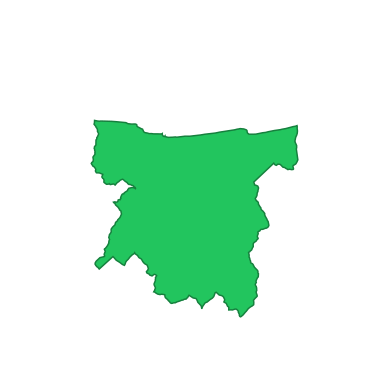 Trujillo, La Libertad, Peru (Albers equal-area conic projection), rotated 131°
{"feature_id": "86281439B80561874516771", "entity_name": "Trujillo", "entity_type": "district", "adm_level": 2, "iso_a3": "PER", "parent_name": "Peru", "parent_adm1": "La Libertad", "projection": "albers", "projection_center": [-78.886, -8.084], "detail": "fine", "context": "isolated", "style": "filled", "palette": "green", "viewbox_px": 384, "rotation_deg": 131, "n_neighbors": 0, "source": "geoboundaries", "source_scale": "gbopen_adm2", "svg_char_len": 6072}
<svg xmlns="http://www.w3.org/2000/svg" viewBox="0 0 384 384"><g transform="rotate(131 192 192)"><path d="M73.0,156.3L74.5,157.1L76.2,158.5L82.7,162.9L85.4,165.1L87.1,166.3L91.6,170.2L96.5,174.0L98.7,175.5L101.0,177.6L106.6,181.9L111.0,186.9L111.1,188.7L110.5,189.8L109.7,190.6L109.5,191.2L109.5,191.9L110.4,194.2L112.6,197.3L113.9,198.2L114.9,199.1L117.1,200.6L128.8,210.5L132.1,213.0L140.1,220.3L143.4,223.0L151.3,230.2L154.5,233.9L160.6,239.4L161.4,240.7L163.2,242.4L166.4,245.8L166.7,246.5L167.2,247.1L167.3,247.7L167.8,248.6L167.3,249.2L168.0,249.2L168.4,249.4L168.8,250.3L168.5,250.9L168.3,252.1L167.4,252.8L168.1,253.0L173.4,259.2L174.4,260.8L176.1,262.7L176.6,264.0L178.1,266.6L178.2,267.4L178.2,268.0L177.0,270.6L177.4,271.4L178.5,276.0L178.4,276.8L177.7,277.5L177.5,277.8L177.5,278.4L177.9,279.4L180.5,282.3L182.1,284.6L182.5,285.3L183.0,287.4L188.8,295.5L191.5,299.1L198.3,307.4L199.4,308.4L200.5,310.0L201.9,312.5L203.7,311.1L205.1,310.4L205.6,307.7L206.1,306.8L206.4,305.2L207.4,303.8L208.3,303.1L209.0,301.2L209.4,300.7L209.8,300.4L212.4,299.6L213.5,299.5L214.1,298.9L214.8,298.6L215.7,298.6L219.4,295.5L220.3,295.2L221.0,295.4L222.1,295.2L222.6,294.7L223.3,294.4L223.6,293.6L224.5,292.7L225.3,291.4L226.1,291.1L227.0,290.1L227.8,289.9L230.4,289.7L230.8,289.5L232.2,287.8L233.9,286.7L235.5,287.0L236.6,286.7L237.5,283.6L237.2,282.3L237.7,280.2L238.1,279.4L239.5,278.7L240.2,277.0L240.1,276.5L238.4,274.5L237.2,270.9L238.1,270.5L239.1,270.3L239.8,269.8L240.2,268.6L240.2,267.1L241.0,266.0L242.2,265.1L242.5,264.7L242.3,261.9L242.2,261.5L240.6,260.0L239.9,259.8L240.1,258.8L239.9,258.4L237.6,256.7L237.2,255.9L237.2,254.6L233.8,254.6L232.4,254.1L230.1,253.9L228.0,252.9L227.7,252.1L227.8,249.3L227.4,247.1L227.8,246.2L227.7,244.6L226.8,243.4L226.5,242.1L225.8,240.7L226.0,239.1L225.9,237.7L226.3,237.0L226.6,236.9L226.8,238.2L227.7,239.9L228.7,240.8L229.2,241.0L230.5,242.1L232.4,242.0L233.3,241.6L237.0,242.6L238.2,242.3L238.7,242.9L239.5,243.2L240.8,243.0L241.7,242.6L242.6,242.4L243.0,242.2L243.4,241.5L244.4,241.5L244.6,241.2L244.9,241.1L245.7,242.1L246.6,242.5L247.5,241.8L248.9,242.0L249.8,243.0L249.9,243.6L250.2,243.9L251.2,244.6L251.4,243.9L251.2,243.1L251.2,242.5L251.9,241.3L252.0,237.9L252.5,235.8L253.0,235.0L253.0,233.0L253.9,232.1L254.6,231.1L255.0,230.7L258.6,229.6L261.6,229.8L262.4,229.5L263.1,229.4L264.3,229.7L265.7,229.5L266.8,228.8L267.5,228.6L270.6,228.9L272.8,228.7L273.4,228.4L275.0,226.9L275.7,226.6L278.5,226.3L279.7,225.5L280.8,225.1L282.0,223.0L283.1,222.7L284.6,221.8L285.1,221.3L288.0,220.6L289.1,220.5L291.2,220.4L292.4,220.7L292.8,220.5L293.7,218.5L296.5,217.5L297.0,217.0L297.6,215.9L297.9,215.8L298.1,215.8L299.0,216.3L301.9,218.4L307.0,218.9L308.8,218.6L309.4,218.3L310.1,217.7L310.5,216.4L310.8,214.7L310.6,213.6L311.0,211.5L292.6,209.3L292.7,207.8L293.2,204.5L292.5,200.2L292.4,197.5L292.2,196.4L291.7,194.9L290.6,195.1L288.1,196.1L287.0,196.2L284.2,196.0L282.1,196.2L278.7,195.9L276.2,195.2L275.5,195.4L275.9,194.3L275.6,191.4L276.0,190.3L276.3,188.9L275.8,186.2L276.8,183.5L277.1,181.8L277.1,180.1L276.7,178.7L276.7,177.7L278.3,174.8L280.1,174.1L281.7,174.2L282.1,174.1L282.7,173.0L282.4,171.6L282.1,170.8L282.4,169.3L281.7,167.4L281.2,166.9L279.3,166.7L278.8,166.4L278.3,165.2L278.3,163.8L278.9,163.6L280.5,163.5L281.0,162.9L282.2,162.2L282.9,161.5L286.1,160.4L286.9,159.7L288.1,157.1L288.6,156.5L290.0,156.1L290.7,155.6L291.3,155.5L291.9,155.6L292.4,155.4L292.1,155.1L292.0,154.5L291.9,152.7L291.5,150.8L290.4,148.8L289.7,148.4L289.0,147.8L287.5,145.4L287.4,145.1L288.7,143.7L289.2,142.7L289.2,139.7L289.5,138.6L289.5,137.1L289.8,135.9L289.7,134.7L289.3,134.2L288.5,133.6L287.7,133.2L286.5,131.9L284.9,131.3L282.1,129.6L280.6,128.9L279.4,127.9L278.0,127.5L276.7,126.2L276.0,126.4L274.7,126.0L273.4,126.3L271.9,126.5L271.2,121.6L269.8,119.2L269.9,118.4L270.5,116.9L271.4,115.2L271.8,110.9L272.3,109.8L273.8,107.9L272.8,108.4L271.4,108.9L267.7,109.3L266.8,109.3L265.2,108.4L260.9,107.7L260.0,107.3L258.6,107.0L256.6,107.0L253.2,108.3L252.7,108.4L251.8,108.0L251.9,103.9L250.8,101.8L250.5,100.5L250.6,99.3L251.7,96.8L252.9,96.1L253.7,96.0L254.1,95.7L253.6,93.3L253.7,92.8L254.9,90.2L254.8,89.0L255.0,88.5L256.9,86.9L255.3,85.2L254.5,84.1L252.3,82.8L251.5,82.0L251.3,81.3L251.3,79.8L251.7,78.8L252.4,78.1L253.2,76.1L254.0,75.4L254.5,74.5L254.5,73.9L254.4,73.5L253.7,73.2L251.2,72.8L247.8,72.9L246.4,72.8L243.0,73.0L240.4,72.5L238.5,71.8L236.6,71.5L234.7,73.0L233.3,74.6L230.9,74.6L228.1,74.4L227.7,74.6L227.2,75.1L226.2,76.9L225.4,78.1L223.9,78.5L221.9,80.4L221.6,81.0L221.1,81.6L221.0,82.4L220.4,83.5L219.6,83.9L218.1,84.1L217.4,85.2L215.8,85.8L213.5,86.4L212.6,86.3L210.0,88.3L209.8,89.3L208.8,90.0L208.2,91.0L207.8,95.6L206.6,98.5L206.5,99.4L206.9,101.0L206.5,101.8L205.8,102.3L204.9,104.2L204.1,105.0L203.7,106.2L202.0,107.6L200.5,109.7L199.0,109.2L198.1,109.4L197.5,109.1L196.5,109.0L194.6,109.7L193.1,109.9L191.0,111.8L190.0,112.0L189.3,112.0L187.5,111.5L186.7,111.4L185.3,111.7L183.9,111.5L183.5,111.8L183.0,113.3L181.6,114.2L180.7,114.4L179.9,114.8L179.1,116.0L178.1,115.9L176.9,115.3L175.8,115.5L174.9,115.4L173.7,114.1L171.2,112.8L170.6,112.2L169.9,111.9L168.2,111.6L166.7,112.1L164.3,115.2L163.9,116.8L163.4,117.5L162.2,120.9L161.5,122.2L160.5,123.0L159.9,125.8L159.9,127.9L159.6,128.7L158.7,129.8L158.4,131.6L158.0,132.3L157.7,133.8L157.0,134.4L156.4,135.2L156.1,136.5L156.4,137.1L156.3,137.8L155.5,139.9L155.1,140.1L153.7,140.2L152.0,140.7L149.9,142.2L148.4,142.6L147.3,143.4L145.3,144.4L144.4,146.2L144.8,147.7L145.6,149.4L145.2,149.8L144.0,151.9L116.6,149.2L117.0,147.7L116.9,146.8L116.5,145.8L114.8,145.5L113.9,144.6L113.3,143.4L113.6,139.6L112.7,138.1L112.6,136.5L112.3,135.7L112.3,134.8L112.2,134.4L110.8,133.3L109.7,131.4L108.7,130.5L108.3,130.4L107.9,130.6L106.5,132.6L106.1,132.8L105.4,133.0L104.8,132.7L102.7,132.1L100.6,132.5L98.3,133.2L91.0,141.6L90.6,141.7L89.9,142.1L88.3,143.5L86.5,147.4L86.0,147.5L85.3,148.3L84.6,148.5L83.7,149.1L81.8,150.0L81.2,150.0L80.2,150.4L78.8,151.0L77.2,152.1L76.5,152.7L74.7,154.7L73.8,155.3L73.0,156.3Z" fill="#22c55e" stroke="#15803d" stroke-width="1.5"/></g></svg>